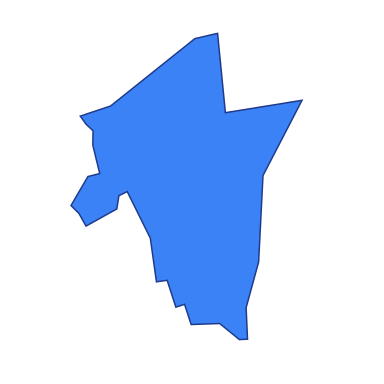 the district of 53, Ar Rayyān, Qatar, rotated 82°
{"feature_id": "91078587B25441317691063", "entity_name": "53", "entity_type": "district", "adm_level": 2, "iso_a3": "QAT", "parent_name": "Qatar", "parent_adm1": "Ar Rayyān", "projection": "mercator", "projection_center": [51.366, 25.28], "detail": "fine", "context": "isolated", "style": "filled", "palette": "blue", "viewbox_px": 384, "rotation_deg": 82, "n_neighbors": 0, "source": "geoboundaries", "source_scale": "gbopen_adm2", "svg_char_len": 585}
<svg xmlns="http://www.w3.org/2000/svg" viewBox="0 0 384 384"><g transform="rotate(82 192 192)"><path d="M101.3,292.1L110.1,287.5L117.6,281.5L131.9,283.7L160.9,280.8L162.2,292.9L178.1,305.5L188.6,313.7L197.6,306.9L211.0,301.7L198.3,268.8L185.5,264.9L182.6,256.1L231.9,239.7L276.0,239.7L276.0,228.9L303.8,224.0L302.2,215.0L321.4,211.6L323.1,211.3L326.1,182.9L344.7,165.7L344.8,164.9L345.5,157.5L314.1,154.5L274.8,137.6L270.8,135.8L185.6,119.4L116.5,70.3L118.1,147.9L38.5,144.6L38.7,147.7L40.5,167.8L95.5,260.7L101.3,292.1Z" fill="#3b82f6" stroke="#1e3a8a" stroke-width="1.5"/></g></svg>